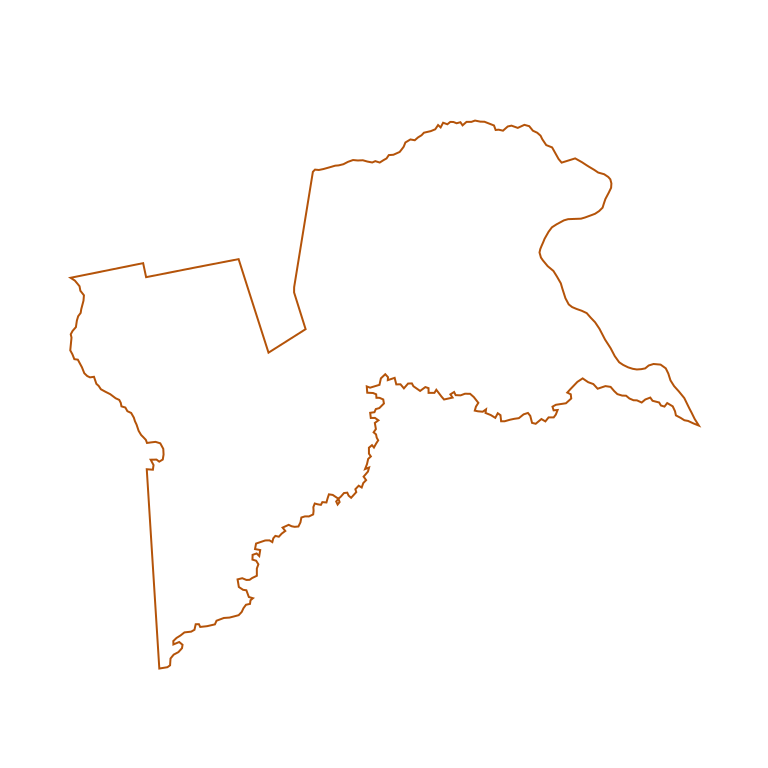 the district of Britânia, Goiás, Brazil, rotated 82°
{"feature_id": "56859067B24733519848985", "entity_name": "Britânia", "entity_type": "district", "adm_level": 2, "iso_a3": "BRA", "parent_name": "Brazil", "parent_adm1": "Goiás", "projection": "mercator", "projection_center": [-51.172, -15.205], "detail": "fine", "context": "isolated", "style": "outline", "palette": "amber", "viewbox_px": 768, "rotation_deg": 82, "n_neighbors": 0, "source": "geoboundaries", "source_scale": "gbopen_adm2", "svg_char_len": 5251}
<svg xmlns="http://www.w3.org/2000/svg" viewBox="0 0 768 768"><g transform="rotate(82 384 384)"><path d="M187.2,163.3L189.5,177.3L185.5,179.8L173.1,184.6L170.0,190.1L163.6,193.2L159.9,194.4L156.5,197.3L153.9,201.3L148.9,204.3L146.9,208.9L149.0,215.9L145.9,221.8L146.2,225.6L149.7,230.9L148.1,235.1L148.0,238.1L143.3,239.1L138.3,248.0L137.6,252.1L135.8,257.2L136.6,261.0L135.9,265.8L138.8,270.2L135.4,271.9L135.9,275.8L134.2,278.8L133.7,281.9L135.6,285.1L133.5,289.1L137.8,292.2L135.1,294.4L138.9,297.8L140.1,302.5L140.7,309.5L142.9,312.2L144.5,315.9L146.9,319.6L145.5,323.8L147.8,329.2L151.8,331.5L154.2,333.9L156.4,336.2L158.3,342.8L158.0,347.4L161.0,350.1L162.2,353.2L164.1,357.4L162.1,361.6L163.0,364.8L161.4,369.5L159.5,373.8L159.0,378.9L157.9,383.5L159.0,388.8L160.7,393.6L161.2,398.5L161.0,402.0L161.7,406.7L162.7,414.1L163.0,418.7L162.1,422.5L164.0,424.9L275.6,459.5L280.8,460.3L318.8,454.0L336.9,494.0L271.2,505.3L240.1,510.6L242.5,557.3L245.1,604.7L230.8,605.7L235.2,679.6L238.6,675.7L244.8,671.9L249.4,671.7L254.4,668.8L259.7,670.0L267.8,673.4L271.4,674.5L274.3,677.4L278.4,679.3L284.8,681.2L288.1,685.0L291.2,687.3L294.6,687.0L301.6,688.7L307.0,690.0L311.3,688.4L316.3,687.2L317.3,683.8L325.4,680.8L331.6,679.3L334.8,676.8L336.5,674.2L336.5,670.2L343.8,668.8L346.2,666.8L349.8,665.1L352.8,661.1L356.0,656.5L360.8,651.7L362.9,648.4L366.0,647.3L369.6,647.1L371.3,643.4L375.2,641.9L377.5,638.4L382.5,636.4L386.2,635.8L389.7,634.7L396.2,633.5L400.7,631.6L403.1,629.8L406.2,627.6L409.4,626.9L409.4,622.9L409.5,618.3L411.6,613.8L417.5,611.6L423.2,612.1L428.0,613.6L429.6,617.4L427.2,619.8L426.5,625.6L432.2,623.5L436.7,624.8L435.4,630.8L634.5,646.1L634.3,637.9L632.8,635.0L626.1,633.6L622.7,629.9L620.9,624.9L617.5,620.8L614.2,619.8L611.0,622.7L612.6,628.8L609.2,628.4L606.6,624.8L604.7,620.5L602.2,616.2L602.4,609.4L601.0,605.9L595.7,603.9L596.1,600.7L599.0,599.8L599.2,592.9L598.5,584.9L595.1,582.8L593.4,575.1L593.8,569.5L593.3,565.0L592.7,560.1L589.9,556.6L586.5,554.4L583.4,551.4L583.1,547.3L579.6,546.3L577.9,543.6L576.1,547.5L569.1,549.0L568.2,552.2L564.8,556.0L560.2,556.1L557.1,556.2L556.6,551.4L558.9,547.5L559.2,544.3L557.8,541.6L556.2,536.6L549.0,535.6L545.1,533.5L541.2,535.2L539.6,538.7L534.9,537.9L534.1,533.7L537.0,531.5L531.2,529.7L529.5,534.7L524.2,532.9L522.4,523.4L522.9,519.2L525.0,516.6L521.4,515.1L519.3,512.7L520.6,509.4L517.9,506.1L515.8,502.2L512.1,504.4L510.2,498.0L512.0,495.3L513.0,492.4L513.2,488.6L509.4,486.0L504.7,484.4L504.1,480.7L504.7,476.8L503.3,472.3L499.9,471.4L496.1,471.1L492.7,469.2L493.9,466.4L494.9,463.3L492.4,461.5L493.3,457.5L489.2,455.7L485.6,453.9L486.7,450.2L491.3,445.1L489.5,442.4L486.4,438.8L486.5,435.5L489.6,434.6L492.1,432.4L487.2,426.5L484.2,427.0L481.2,423.2L483.4,420.5L479.2,418.3L476.7,415.1L472.9,417.1L468.5,412.1L464.6,410.4L465.6,414.6L461.0,412.0L456.0,410.1L453.9,407.1L450.9,408.6L445.0,407.8L442.9,404.4L445.5,402.8L441.9,400.1L439.0,397.6L436.1,398.7L432.8,398.9L430.4,401.0L427.5,398.3L421.3,398.5L419.2,394.6L416.3,397.7L415.8,401.8L410.6,401.7L410.6,397.4L407.7,395.6L407.2,392.0L403.3,386.8L399.2,386.9L397.1,390.3L396.6,393.4L393.1,393.2L391.4,396.1L390.3,401.8L384.0,401.4L385.7,398.3L384.2,388.6L378.0,386.3L374.5,381.4L377.8,379.1L380.7,379.7L379.4,372.6L386.1,371.9L386.6,367.7L391.1,364.9L386.9,360.1L387.3,356.3L390.3,355.2L395.9,349.2L392.8,343.5L394.3,340.5L399.0,341.1L399.8,335.3L397.0,333.0L404.5,328.8L407.7,326.7L407.0,318.0L403.5,319.7L401.7,315.7L405.0,314.6L405.9,309.7L404.9,305.2L405.7,300.1L409.4,296.9L415.8,293.2L419.2,296.1L423.0,297.8L424.1,294.8L425.2,290.1L423.3,286.5L426.8,287.5L429.6,282.6L433.0,278.5L428.8,275.4L431.1,273.0L437.2,273.2L437.7,269.8L436.9,264.1L436.6,259.8L436.6,255.2L433.5,250.0L432.7,245.5L435.9,243.6L443.1,242.8L444.5,239.3L440.6,233.0L443.5,229.4L440.0,225.7L440.7,220.6L438.2,218.1L433.9,215.7L433.7,219.7L429.9,220.3L428.5,216.7L428.4,206.5L424.4,200.6L420.2,200.5L418.0,203.7L415.1,200.2L412.9,197.4L408.8,192.2L406.1,186.5L410.6,181.6L413.2,176.7L418.4,173.1L416.9,165.0L418.4,160.0L423.1,157.0L426.5,154.3L428.6,149.8L429.3,145.9L432.5,143.0L434.8,139.2L435.4,135.8L438.2,131.4L435.7,127.4L434.5,122.2L438.0,120.4L440.6,114.1L443.8,112.8L445.4,109.4L442.3,106.2L446.3,101.2L451.5,99.6L455.7,99.3L458.8,95.0L461.7,91.6L462.9,88.0L466.1,83.1L469.0,78.0L461.9,81.2L455.2,83.4L451.3,84.8L448.0,85.9L439.7,88.6L432.3,93.1L426.5,97.0L420.3,99.8L413.2,101.0L407.7,102.8L403.3,107.4L401.7,114.3L402.5,119.3L404.9,123.2L405.1,127.2L404.8,131.6L403.6,135.5L401.5,139.9L398.4,144.5L395.2,148.1L388.5,151.6L380.1,154.6L370.8,158.9L359.2,163.0L352.2,166.4L346.9,170.2L342.0,173.4L339.0,178.0L336.4,183.0L334.0,187.0L330.9,190.0L324.3,192.4L314.4,194.1L308.9,194.9L301.9,197.7L295.6,200.5L290.1,205.5L283.6,209.5L280.6,211.0L275.4,211.7L272.0,210.4L269.1,208.7L265.9,206.7L262.6,204.8L256.1,199.8L252.2,195.9L249.9,190.9L247.0,183.1L246.4,178.8L246.9,173.7L247.7,165.9L247.1,161.8L245.6,154.8L244.8,151.3L242.7,146.9L239.8,143.0L236.2,141.3L231.6,139.0L225.8,134.8L221.3,131.8L217.0,130.9L212.8,131.4L210.2,133.1L206.9,136.8L204.4,142.5L201.3,145.9L197.6,150.5L195.6,152.9L192.0,157.0L189.7,160.0L187.2,163.3ZM491.3,445.1L493.7,447.7L496.9,446.7L494.7,444.4L491.3,445.1Z" fill="none" stroke="#b45309" stroke-width="2"/></g></svg>